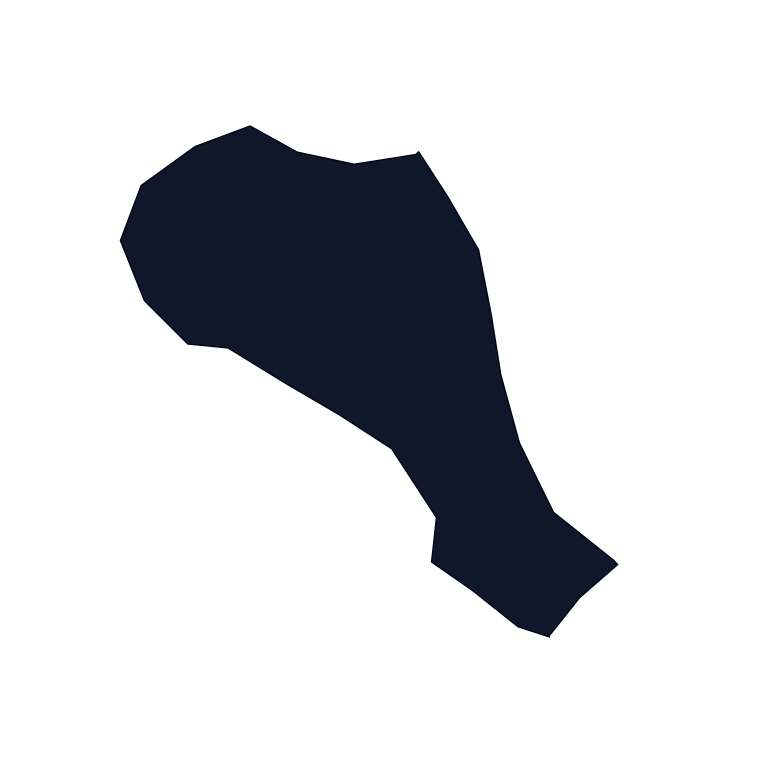 the district of Sölvesborg, Blekinge, Sweden, rotated 147°
{"feature_id": "70781695B90758337491220", "entity_name": "Sölvesborg", "entity_type": "district", "adm_level": 2, "iso_a3": "SWE", "parent_name": "Sweden", "parent_adm1": "Blekinge", "projection": "orthographic", "projection_center": [14.651, 56.115], "detail": "fine", "context": "isolated", "style": "filled", "palette": "ink", "viewbox_px": 768, "rotation_deg": 147, "n_neighbors": 0, "source": "geoboundaries", "source_scale": "gbopen_adm2", "svg_char_len": 528}
<svg xmlns="http://www.w3.org/2000/svg" viewBox="0 0 768 768"><g transform="rotate(147 384 384)"><path d="M228.5,559.7L232.6,559.2L289.5,584.6L330.6,625.8L355.9,673.3L413.0,686.0L479.5,682.7L526.9,647.8L539.5,584.5L526.7,524.4L495.1,499.2L466.6,439.1L438.1,382.3L412.8,325.5L412.7,243.4L441.0,208.8L422.2,162.6L403.8,107.5L383.2,82.0L382.3,83.0L336.4,98.3L286.5,105.4L287.3,110.5L311.8,184.1L302.6,260.8L281.0,328.3L256.4,383.6L231.7,445.0L228.6,506.5L228.5,559.7Z" fill="#0f172a" stroke="#020617" stroke-width="1.5"/></g></svg>